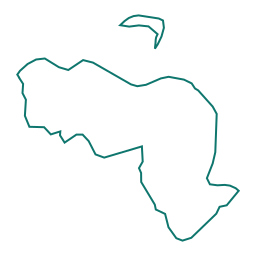 SVG path tracing the border of Moyle
{"feature_id": "GBR-2773", "entity_name": "Moyle", "entity_type": "District", "adm_level": 1, "iso_a3": "GBR", "parent_name": "United Kingdom", "parent_adm1": "", "projection": "mercator", "projection_center": [-6.248, 55.147], "detail": "fine", "context": "isolated", "style": "outline", "palette": "teal", "viewbox_px": 256, "rotation_deg": 0, "n_neighbors": 0, "source": "natural_earth", "source_scale": "10m", "svg_char_len": 1043}
<svg xmlns="http://www.w3.org/2000/svg" viewBox="0 0 256 256"><path d="M17.3,74.6L20.0,70.8L27.6,64.0L36.1,59.5L44.8,58.5L58.9,67.2L68.3,70.0L83.1,60.1L93.0,62.6L131.0,84.4L137.3,86.2L146.0,84.8L160.9,78.4L168.6,76.8L183.9,79.6L191.7,83.4L195.0,88.5L198.2,90.4L212.7,106.6L216.7,113.9L215.3,152.2L212.7,163.4L206.9,178.2L209.9,184.3L217.4,185.3L224.7,184.9L229.9,185.6L235.7,188.2L238.7,190.8L238.0,191.6L226.7,205.3L219.6,206.8L216.3,213.7L191.3,237.8L182.5,240.6L176.3,238.2L168.5,227.3L165.1,213.9L155.8,209.5L154.8,204.6L141.2,182.0L141.1,173.0L139.0,168.1L142.7,161.6L141.9,146.4L104.2,157.6L95.5,154.4L88.7,141.1L82.6,134.6L76.4,134.6L64.6,142.6L60.0,135.3L60.3,131.4L50.8,134.4L44.1,127.2L29.4,126.8L24.9,115.8L25.9,99.7L22.5,93.1L23.1,83.9L19.0,77.6L19.1,77.4L17.3,74.6ZM138.6,15.4L158.8,18.5L163.0,20.5L163.9,27.8L161.5,36.5L157.8,44.2L154.9,48.7L155.5,43.1L155.7,39.8L156.1,37.4L157.6,34.2L148.5,26.4L138.9,25.4L129.2,26.6L120.2,25.2L124.5,21.1L128.8,18.0L133.5,16.1L138.6,15.4Z" fill="none" stroke="#0f766e" stroke-width="2"/></svg>